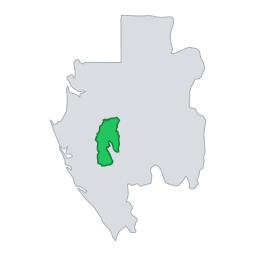 Tsamba-Magotsi, Ngounié, Gabon (highlighted)
{"feature_id": "22940354B73947944893462", "entity_name": "Tsamba-Magotsi", "entity_type": "district", "adm_level": 2, "iso_a3": "GAB", "parent_name": "Gabon", "parent_adm1": "Ngounié", "projection": "equal_earth", "projection_center": [10.858, -1.184], "detail": "fine", "context": "in_parent", "style": "filled", "palette": "green", "viewbox_px": 256, "rotation_deg": 0, "n_neighbors": 0, "source": "geoboundaries", "source_scale": "gbopen_adm2", "svg_char_len": 7066}
<svg xmlns="http://www.w3.org/2000/svg" viewBox="0 0 256 256"><path d="M173.8,20.5L173.6,23.0L171.5,29.2L170.5,34.0L170.2,39.1L170.8,43.2L171.9,46.1L172.5,49.3L172.0,51.5L171.0,52.4L171.7,53.5L173.2,53.8L175.9,52.8L179.9,51.1L185.3,48.7L188.8,47.4L194.5,48.2L197.6,49.1L199.2,50.9L200.9,58.2L201.8,59.3L203.2,62.4L204.3,66.1L204.6,68.0L204.5,69.4L203.3,71.4L202.0,74.4L201.5,76.2L200.4,77.5L199.0,78.8L195.1,79.3L194.5,80.1L193.5,83.3L191.4,86.0L190.5,88.5L189.7,91.9L189.8,96.0L189.4,102.1L189.0,106.1L190.0,107.6L194.6,108.6L195.5,109.4L196.8,111.9L198.3,114.3L202.6,115.8L204.2,117.6L205.5,119.6L205.7,121.2L204.7,127.7L203.8,134.0L204.2,138.8L204.5,143.3L205.0,150.0L204.8,154.0L203.6,156.5L203.6,158.5L204.1,160.8L203.1,167.3L202.4,168.4L200.5,169.6L199.5,171.3L199.2,174.0L198.2,177.8L197.1,179.1L197.1,180.9L198.1,182.1L198.1,184.1L196.2,186.4L195.1,188.2L192.6,189.0L189.7,188.1L189.0,186.8L189.7,184.8L189.5,183.2L188.5,181.5L186.9,177.2L185.6,176.3L184.8,178.0L182.5,181.3L178.4,185.6L175.5,185.9L170.1,184.6L165.6,182.6L163.5,177.6L162.2,173.5L160.3,168.8L158.2,166.5L155.9,165.1L154.8,165.0L151.6,167.6L150.6,168.7L150.6,170.9L150.9,173.0L151.4,174.0L151.8,175.3L151.8,177.4L151.2,180.1L151.0,183.2L140.7,186.2L138.9,185.1L137.6,183.7L136.1,184.0L131.6,185.5L130.0,184.5L128.4,183.7L127.6,184.3L127.5,185.6L128.3,192.8L128.1,195.6L127.1,199.1L126.5,201.6L129.3,202.2L130.2,203.4L131.2,205.2L132.5,206.9L132.6,207.9L131.1,209.8L130.6,212.1L131.3,213.9L133.2,215.8L135.9,217.7L137.2,219.0L137.1,220.2L135.8,222.7L135.3,224.8L134.5,226.7L134.6,228.5L135.9,230.1L135.7,231.6L134.9,232.7L133.2,232.5L131.8,232.6L130.5,232.2L126.5,226.5L125.6,226.3L119.8,230.7L118.4,232.5L117.2,235.1L115.6,240.6L112.9,237.4L110.7,231.4L108.0,227.8L102.4,221.9L100.9,217.5L94.5,207.9L85.4,198.4L78.7,190.0L77.7,188.2L78.8,188.4L85.2,192.6L86.1,192.1L86.9,191.2L84.1,189.0L81.5,187.3L79.0,186.2L76.5,186.3L75.1,184.5L74.2,181.9L73.7,179.6L72.6,177.2L69.1,172.2L68.3,170.3L66.3,167.7L67.5,167.4L71.3,169.9L71.6,168.9L71.3,167.4L67.5,165.1L65.4,164.9L65.0,163.3L65.2,161.3L62.5,154.1L59.7,148.8L59.3,146.2L66.9,157.9L67.9,158.1L69.2,158.0L72.4,156.7L71.8,155.1L70.3,153.5L69.0,154.2L67.2,154.4L66.2,153.7L65.8,152.5L67.6,146.8L66.8,147.1L66.3,148.1L65.3,148.6L63.8,148.9L60.0,145.8L56.7,137.6L55.9,135.9L55.0,133.1L54.1,131.9L50.3,120.2L51.8,121.1L53.5,124.4L56.8,123.7L58.2,121.8L59.3,121.8L60.5,121.4L62.0,119.6L66.3,111.5L67.4,100.9L67.0,94.6L66.4,88.3L67.8,86.3L68.4,87.6L68.7,89.9L69.3,91.5L70.9,93.0L73.7,93.4L78.1,95.7L79.7,97.2L80.1,94.2L85.2,91.7L83.7,90.8L79.2,91.8L73.0,88.1L70.9,85.7L69.0,81.1L67.0,78.8L67.2,76.6L71.6,74.7L72.8,74.9L73.3,77.2L74.5,78.2L74.9,77.9L75.1,75.9L75.1,70.5L73.8,62.9L74.2,61.4L75.4,60.8L76.5,59.8L77.2,59.6L78.7,59.8L79.5,61.6L79.9,62.6L81.4,63.0L82.7,64.0L83.7,63.7L84.6,62.6L86.0,62.4L90.0,62.4L93.7,62.4L101.0,62.5L108.3,62.5L115.6,62.5L121.1,62.5L121.1,58.2L121.1,51.4L121.0,43.4L121.0,35.7L121.0,28.6L120.9,20.2L121.2,17.8L121.6,16.8L121.4,15.5L127.1,15.4L137.3,16.0L141.8,15.9L143.1,16.0L148.7,15.6L153.2,16.1L155.1,16.7L156.9,17.0L162.3,17.4L169.4,16.9L171.8,17.0L173.1,18.2L173.8,20.5Z" fill="#d9dde1" stroke="#a8b0b8" stroke-width="1"/><path d="M119.4,120.2L119.0,119.8L118.4,119.1L117.8,118.5L117.3,118.0L117.1,117.5L116.6,117.4L116.3,117.6L116.0,117.7L115.7,117.9L115.3,118.0L114.8,118.1L112.1,118.3L110.7,118.4L110.0,118.7L109.7,119.0L109.4,119.3L109.2,119.7L109.0,120.0L108.8,119.8L108.5,119.3L108.3,119.3L107.9,119.3L107.6,119.4L107.4,119.8L107.3,120.2L107.0,120.6L106.7,120.8L106.4,120.7L106.1,120.4L106.0,120.0L106.1,119.8L106.3,119.6L105.9,119.6L105.5,119.6L105.3,119.4L104.8,119.4L104.6,119.6L104.5,120.0L104.3,120.2L104.0,120.4L103.8,120.3L103.7,120.0L103.6,119.9L103.2,120.0L103.2,120.3L103.4,120.6L103.6,120.8L103.7,121.2L103.7,121.6L103.6,121.9L103.3,122.2L103.0,122.6L102.7,123.0L102.5,123.6L102.4,123.8L102.3,124.3L101.5,125.3L101.0,125.5L100.7,125.7L100.2,126.1L99.7,126.7L99.7,127.9L99.6,128.6L99.6,129.7L99.5,130.3L99.1,131.4L98.7,132.3L98.5,132.7L98.1,133.0L97.7,133.3L97.3,133.4L97.1,133.6L97.0,134.0L97.2,134.3L97.4,134.5L97.5,134.9L97.4,135.5L97.3,136.0L96.8,136.5L96.5,136.7L96.4,137.0L96.4,137.3L96.5,137.7L96.5,138.1L96.4,138.3L96.1,138.3L95.8,138.5L95.7,138.9L95.6,139.2L95.5,139.5L95.8,140.3L96.1,140.5L96.4,140.6L96.6,140.8L96.8,141.2L97.0,141.6L97.4,141.8L97.7,142.2L97.9,142.7L97.9,143.3L97.9,143.7L97.9,144.1L97.7,144.7L97.6,145.2L97.6,145.7L97.5,146.3L97.4,146.8L97.4,147.5L97.5,149.2L97.6,150.2L97.7,150.7L97.9,151.0L98.2,151.1L98.6,151.4L98.9,151.6L99.0,152.0L99.0,152.4L98.8,152.7L98.5,153.1L98.1,153.6L97.7,154.3L97.5,154.9L97.4,155.6L97.5,157.0L97.5,157.7L97.6,158.5L97.8,159.6L97.9,160.3L98.0,162.8L98.2,163.3L98.6,163.4L98.8,163.6L99.1,163.6L99.5,163.8L99.8,164.0L100.0,164.1L100.4,164.2L100.7,164.2L101.2,164.4L101.5,164.6L101.7,165.0L101.9,165.3L101.9,165.6L102.0,165.9L102.9,165.9L104.2,165.8L104.8,165.8L105.5,165.6L105.8,165.3L106.4,165.1L107.5,165.0L108.2,164.9L108.9,164.9L109.3,164.7L109.5,164.6L109.8,164.6L110.1,164.7L110.4,164.6L110.7,164.2L111.1,163.9L111.4,163.7L112.0,163.6L112.0,163.4L112.0,163.1L112.1,162.8L112.3,162.6L112.5,162.2L112.6,161.9L112.7,161.5L112.7,161.1L112.6,160.8L112.5,160.7L112.2,160.5L112.0,160.4L111.9,160.1L111.8,159.6L111.6,158.9L111.3,158.4L111.1,157.7L110.9,157.2L110.7,156.8L110.5,156.4L110.4,156.1L110.3,155.7L110.1,155.2L110.1,154.8L110.0,154.5L109.8,154.2L109.6,154.0L109.4,153.8L109.1,153.4L108.9,153.2L108.8,152.8L108.7,152.3L108.6,151.9L108.5,151.6L108.3,151.5L108.1,151.5L107.8,151.4L107.6,151.3L107.3,150.5L107.0,149.6L106.6,148.6L106.4,148.1L106.4,147.7L106.5,147.3L106.8,147.2L107.2,147.2L107.5,147.3L107.9,147.4L108.1,147.1L108.3,146.8L108.5,146.6L109.0,146.5L109.4,146.5L109.7,146.3L109.7,146.1L109.7,145.7L109.5,145.4L109.3,144.9L109.1,144.1L108.9,143.5L108.7,143.0L108.5,142.5L108.4,142.1L108.5,141.7L108.6,141.3L109.0,141.2L109.5,141.2L109.9,141.3L110.2,141.5L110.5,141.7L110.9,142.2L111.2,142.6L111.5,142.9L111.7,143.1L112.0,143.2L112.2,143.3L112.3,143.8L112.4,144.5L112.5,145.0L112.7,145.3L112.9,145.5L113.0,146.0L113.1,146.7L113.2,147.4L113.4,148.1L113.6,148.7L114.0,149.4L114.2,149.8L114.4,150.2L114.8,150.7L115.3,151.1L115.7,151.3L116.1,151.6L116.6,151.9L116.9,151.9L117.2,151.9L117.9,151.9L118.5,151.8L118.5,151.4L118.6,150.6L118.4,150.0L118.3,149.3L118.3,148.5L118.4,147.5L118.5,146.9L118.7,146.2L118.9,145.7L119.1,145.3L119.2,144.5L119.2,143.8L119.1,142.8L119.0,142.2L119.0,141.6L118.9,141.1L118.8,140.3L118.7,139.7L118.6,138.9L118.7,138.5L118.8,138.1L118.9,137.6L119.1,137.0L119.2,136.5L119.1,136.0L118.9,135.6L118.6,135.1L118.4,134.9L118.2,134.8L117.9,134.6L117.8,134.2L117.9,133.8L118.1,133.5L118.1,133.1L118.0,132.6L117.9,132.2L117.7,131.8L117.5,131.6L117.3,131.5L117.0,131.4L116.7,131.5L116.4,131.5L116.2,131.5L116.1,131.4L116.0,130.9L116.1,130.6L116.3,130.1L116.5,129.7L116.6,128.8L116.6,128.3L116.9,127.6L117.1,127.3L117.3,126.8L117.3,126.2L117.2,125.5L117.1,125.1L117.0,124.6L117.3,124.4L117.6,124.0L117.8,123.6L118.3,122.6L118.6,121.9L118.9,121.1L119.4,120.2Z" fill="#22c55e" stroke="#15803d" stroke-width="1.5"/></svg>